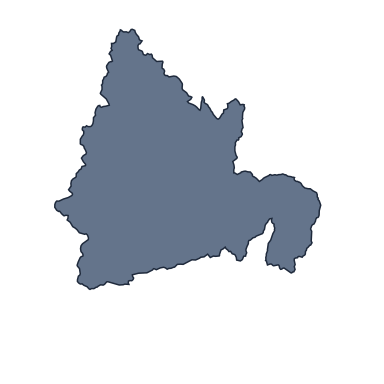 Ambo, Huánuco, Peru (Albers equal-area conic projection), rotated 202°
{"feature_id": "86281439B62958263432420", "entity_name": "Ambo", "entity_type": "district", "adm_level": 2, "iso_a3": "PER", "parent_name": "Peru", "parent_adm1": "Huánuco", "projection": "albers", "projection_center": [-76.249, -10.223], "detail": "fine", "context": "isolated", "style": "filled", "palette": "slate", "viewbox_px": 384, "rotation_deg": 202, "n_neighbors": 0, "source": "geoboundaries", "source_scale": "gbopen_adm2", "svg_char_len": 6046}
<svg xmlns="http://www.w3.org/2000/svg" viewBox="0 0 384 384"><g transform="rotate(202 192 192)"><path d="M264.7,66.1L263.0,65.2L261.8,64.9L260.5,65.0L259.6,65.7L257.4,65.0L253.8,64.9L251.2,63.6L250.1,63.5L249.0,64.8L246.9,65.6L246.4,66.0L245.4,67.6L244.2,68.4L243.8,69.4L242.0,71.7L239.5,72.4L238.5,73.6L237.5,76.6L237.1,76.9L236.3,77.3L224.7,78.5L221.1,80.2L219.8,81.4L215.9,82.7L217.1,83.9L217.5,85.6L216.4,86.6L214.6,87.2L213.9,88.6L213.8,89.9L214.0,90.5L215.4,91.4L216.3,92.9L211.1,96.7L203.5,100.2L199.4,104.9L199.0,106.3L198.6,106.7L196.0,106.6L192.9,109.8L190.1,111.6L188.2,111.7L186.1,111.1L184.8,112.5L182.9,113.4L180.7,115.5L180.0,115.8L178.5,119.4L175.6,120.8L173.1,121.6L166.7,129.1L163.2,130.3L160.3,133.3L159.4,134.8L156.5,136.4L154.2,140.2L150.5,138.1L148.2,140.6L146.0,141.2L142.8,142.9L142.7,143.4L143.1,144.3L143.4,149.1L141.7,151.1L140.6,153.3L139.2,152.2L137.1,151.6L135.4,150.6L134.0,151.4L131.6,149.8L129.1,150.0L128.2,149.6L126.4,147.9L125.1,145.6L121.3,146.2L120.0,148.2L120.0,151.8L118.3,152.6L118.6,154.2L118.5,156.1L120.0,157.8L120.5,159.2L120.6,162.2L120.4,165.1L121.1,167.1L121.1,168.3L119.9,169.2L118.3,172.4L116.6,173.6L115.9,175.2L111.1,179.8L110.8,181.2L111.2,182.6L110.8,184.4L111.7,188.6L111.3,190.8L110.6,192.2L110.7,193.0L110.1,195.8L109.7,196.4L108.0,197.4L107.9,196.0L106.8,194.0L105.6,193.3L103.8,192.9L103.3,191.3L101.8,189.6L101.4,187.8L100.9,187.1L101.4,183.8L101.0,176.9L102.0,172.9L100.4,166.5L100.0,166.1L99.9,162.4L99.2,160.6L99.1,159.1L98.1,156.9L98.1,156.0L97.2,155.9L94.7,152.6L92.6,154.5L91.2,154.9L89.5,154.2L88.6,154.2L84.8,156.7L83.8,156.5L82.3,154.4L80.9,153.5L79.9,154.1L79.2,155.3L78.2,156.0L70.0,154.1L69.3,154.3L68.7,155.5L67.7,156.1L67.4,158.8L69.2,161.1L69.2,163.4L71.7,167.0L72.1,168.5L71.4,169.5L69.5,170.6L69.5,171.6L69.0,172.2L67.8,172.6L65.4,172.8L65.1,174.1L63.8,175.9L63.7,176.9L64.5,179.4L64.1,180.8L64.5,182.7L63.6,184.4L62.9,186.7L62.1,187.2L61.7,189.9L63.1,191.2L66.3,200.4L68.2,202.1L68.4,205.8L67.9,207.0L66.9,208.1L66.6,211.2L67.0,212.9L66.8,214.8L65.7,215.6L65.4,216.4L65.5,218.2L67.0,222.3L67.7,228.0L70.8,231.5L72.3,232.3L72.7,233.6L74.0,234.3L74.9,236.5L76.3,238.0L80.3,238.4L83.5,239.3L85.7,238.5L89.0,238.0L92.0,239.1L94.1,240.8L96.0,241.4L96.6,241.1L98.0,241.4L99.3,240.9L101.2,241.3L101.8,241.7L102.5,243.1L102.4,243.8L103.9,243.6L104.3,243.3L106.0,243.3L109.1,242.5L111.5,243.1L112.4,242.7L114.0,242.8L114.9,242.6L115.9,241.6L118.3,240.5L119.6,239.4L121.6,239.1L124.2,237.3L125.6,237.6L126.5,237.1L126.7,236.3L130.0,232.7L130.9,231.5L131.5,229.9L133.5,227.0L137.5,228.8L140.4,229.4L140.8,229.2L142.1,229.7L142.6,230.9L145.4,232.4L147.8,231.6L150.1,231.4L151.4,230.8L153.8,229.0L153.9,228.2L156.6,225.2L159.6,225.7L160.4,225.4L161.6,228.2L161.8,230.2L163.2,232.7L165.6,235.6L163.0,240.0L163.1,241.2L164.8,242.4L167.6,246.1L169.2,250.0L169.3,251.9L170.3,254.0L169.7,257.1L168.4,257.6L168.4,258.6L169.0,259.7L167.2,261.8L166.9,264.3L167.4,265.2L168.8,266.2L169.2,269.1L168.8,270.8L172.5,277.0L172.5,279.2L173.1,279.8L174.7,284.8L174.3,288.7L174.9,290.2L176.0,291.1L176.2,292.4L177.6,292.3L180.0,290.9L182.8,293.2L186.0,294.7L186.8,294.5L187.8,292.6L189.5,290.7L190.8,288.3L192.3,287.1L191.4,286.0L190.4,283.7L190.5,282.9L190.7,282.3L193.3,280.0L192.4,276.9L193.3,275.5L194.1,270.7L195.1,269.3L196.6,269.4L201.3,271.9L203.1,273.6L204.4,274.1L206.8,276.3L208.4,277.1L210.1,278.6L211.4,279.0L212.8,279.0L214.5,279.8L214.6,281.1L215.1,282.1L217.6,284.1L218.0,284.1L218.1,283.7L217.1,281.0L217.0,278.8L215.3,273.0L215.2,270.8L216.5,271.0L219.3,272.4L221.5,273.1L224.0,273.4L228.5,273.3L230.1,274.2L227.9,277.4L227.6,279.8L228.9,280.0L231.1,279.7L234.2,282.0L239.0,283.3L240.0,284.4L241.2,288.1L241.8,289.0L246.0,291.9L248.7,292.9L250.0,293.2L252.3,292.7L256.4,290.1L258.5,290.7L260.0,290.1L261.3,290.3L262.4,291.4L262.7,293.9L264.3,295.3L265.7,295.4L266.3,295.9L267.4,299.2L267.6,301.5L268.1,302.1L268.5,302.2L273.7,299.8L278.9,301.7L280.3,304.0L281.4,304.6L282.7,303.6L285.1,303.7L286.1,301.5L287.3,301.3L288.6,301.3L290.6,303.6L291.3,303.9L294.9,303.9L295.8,305.0L297.0,307.5L296.7,309.2L295.7,309.9L294.9,313.4L296.9,313.3L297.9,313.6L299.7,315.9L302.8,317.5L304.4,318.8L305.6,320.4L308.3,320.5L309.3,319.9L309.9,317.2L310.8,315.9L312.9,315.9L315.3,314.8L316.7,314.9L317.9,315.5L319.2,315.5L319.0,314.1L319.4,312.1L318.9,309.8L319.8,308.9L320.0,307.7L318.9,302.6L320.5,300.3L322.3,299.6L321.0,296.9L320.8,294.7L319.1,293.4L320.2,291.9L320.6,289.0L318.7,288.3L314.8,283.6L315.4,282.7L316.3,282.4L317.6,281.0L318.4,277.3L318.2,276.1L317.4,274.9L314.2,271.8L314.9,270.3L314.6,269.2L314.9,267.2L316.5,265.5L316.3,263.4L316.6,261.9L315.6,259.4L315.6,257.9L316.0,257.2L315.0,256.2L313.8,253.3L314.0,249.2L313.1,248.5L306.4,246.2L302.0,242.6L301.2,241.5L304.0,239.3L306.3,238.0L307.6,236.6L309.2,236.7L309.9,237.7L310.7,237.3L311.5,236.3L312.1,232.8L311.6,229.2L310.2,227.0L311.2,224.0L310.0,220.9L309.5,218.3L309.7,216.3L310.2,215.1L310.9,214.5L312.9,213.7L314.6,213.9L315.4,212.1L317.4,211.6L317.6,210.6L317.4,209.5L317.0,208.6L316.1,208.1L315.2,207.9L314.3,205.8L314.2,204.1L314.7,202.8L315.3,199.1L313.6,194.8L312.8,194.5L310.9,194.5L309.5,193.9L308.1,192.1L307.1,191.5L304.7,189.1L304.5,187.5L306.4,185.0L307.2,182.0L304.1,179.4L301.1,177.8L300.7,177.0L300.8,176.4L303.6,174.4L303.4,171.9L304.7,170.2L305.1,168.1L306.2,165.7L305.1,162.8L305.5,161.8L307.2,159.6L308.0,157.4L307.5,154.6L306.3,152.2L307.3,147.9L305.8,147.0L302.5,146.0L301.9,144.9L302.1,143.7L304.7,140.5L308.6,137.3L311.9,133.7L314.1,132.9L314.6,131.2L314.5,129.1L313.5,126.4L310.6,124.4L308.4,124.0L307.5,124.6L304.7,123.0L302.1,122.0L301.5,122.1L300.2,123.2L298.0,123.8L297.2,121.3L297.3,119.3L293.6,118.3L289.6,115.2L286.9,114.8L284.5,114.0L281.2,112.0L275.6,112.6L274.5,113.6L272.9,113.0L271.1,111.1L270.4,109.6L270.4,108.9L274.1,103.0L274.7,100.8L274.6,99.8L274.1,97.6L272.5,95.1L270.6,94.2L269.4,92.8L269.2,91.7L270.6,90.4L271.1,89.2L271.3,84.5L271.1,81.1L270.4,80.3L267.6,78.8L265.0,74.4L264.9,73.0L265.8,71.4L265.3,67.6L264.7,66.1Z" fill="#64748b" stroke="#1e293b" stroke-width="1.5"/></g></svg>